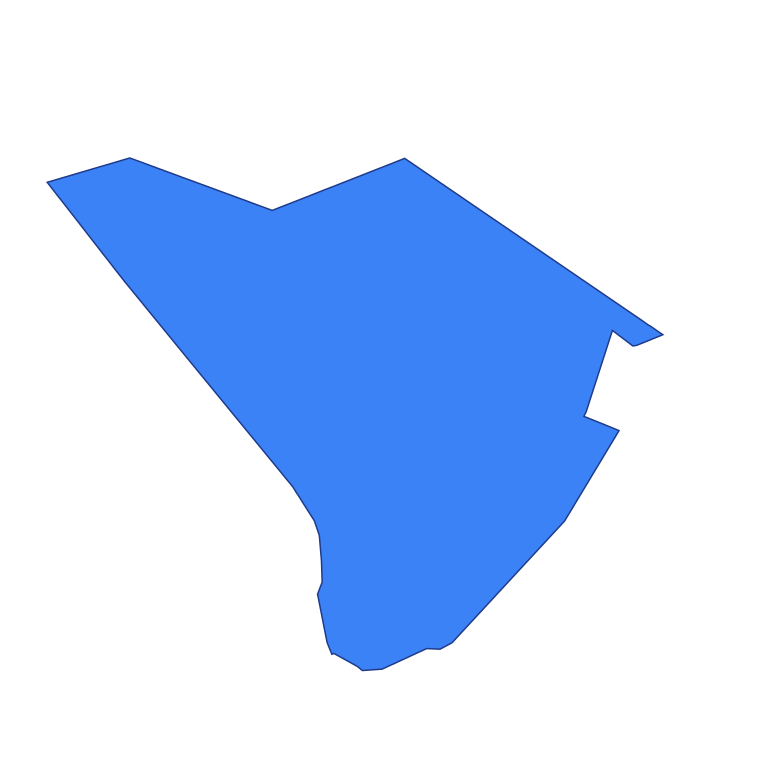 San Juan de los Cués, Oaxaca, Mexico, rotated 257°
{"feature_id": "50627088B95706371455235", "entity_name": "San Juan de los Cués", "entity_type": "district", "adm_level": 2, "iso_a3": "MEX", "parent_name": "Mexico", "parent_adm1": "Oaxaca", "projection": "robinson", "projection_center": [-97.027, 18.044], "detail": "fine", "context": "isolated", "style": "filled", "palette": "blue", "viewbox_px": 768, "rotation_deg": 257, "n_neighbors": 0, "source": "geoboundaries", "source_scale": "gbopen_adm2", "svg_char_len": 1239}
<svg xmlns="http://www.w3.org/2000/svg" viewBox="0 0 768 768"><g transform="rotate(257 384 384)"><path d="M599.2,454.9L595.2,428.1L594.3,422.0L593.0,413.4L591.4,402.6L589.3,388.5L587.8,378.4L586.8,371.5L586.1,366.6L583.7,350.8L582.2,340.7L581.5,336.0L580.9,331.9L579.7,323.5L579.7,323.4L578.8,317.5L578.3,314.2L581.6,309.1L583.8,305.7L587.3,300.4L590.7,295.2L593.7,290.7L597.0,285.6L607.8,269.1L612.6,261.8L630.9,233.7L636.6,225.1L639.0,221.4L660.8,188.1L661.4,187.1L661.4,186.7L656.3,101.2L655.4,101.6L638.6,109.4L636.4,110.5L608.0,123.7L599.8,127.5L593.7,130.3L580.6,136.4L573.4,139.7L570.3,141.2L563.0,144.6L555.6,148.0L546.7,152.2L541.8,154.5L480.8,184.6L458.1,195.8L304.3,272.0L297.8,274.2L295.0,275.3L291.0,276.7L285.8,278.5L285.4,278.6L284.1,279.1L277.8,281.3L276.1,281.9L268.8,284.5L268.7,284.6L266.2,285.4L251.0,286.9L225.8,283.3L204.9,279.2L194.2,272.0L144.9,270.4L132.4,272.4L132.7,274.6L114.6,294.7L109.7,298.4L106.6,318.0L116.6,366.0L113.0,379.0L116.6,392.1L177.4,481.4L209.9,529.2L285.7,602.5L293.4,591.7L307.5,571.5L311.4,574.7L384.8,618.6L365.1,635.0L364.8,638.9L369.3,666.8L374.1,662.3L374.7,661.8L375.5,661.1L380.5,656.6L382.4,654.4L386.5,650.9L599.2,454.9Z" fill="#3b82f6" stroke="#1e3a8a" stroke-width="1.5"/></g></svg>